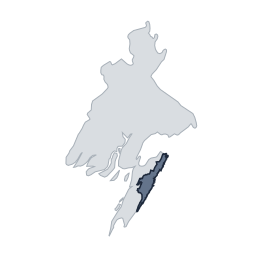 location of Rangamati, Chittagong, Bangladesh, rotated 37°
{"feature_id": "16705992B35610473312733", "entity_name": "Rangamati", "entity_type": "district", "adm_level": 2, "iso_a3": "BGD", "parent_name": "Bangladesh", "parent_adm1": "Chittagong", "projection": "equal_earth", "projection_center": [92.168, 22.796], "detail": "fine", "context": "in_parent", "style": "filled", "palette": "slate", "viewbox_px": 256, "rotation_deg": 37, "n_neighbors": 0, "source": "geoboundaries", "source_scale": "gbopen_adm2", "svg_char_len": 8592}
<svg xmlns="http://www.w3.org/2000/svg" viewBox="0 0 256 256"><g transform="rotate(37 128 128)"><path d="M95.2,181.1L95.2,175.0L92.1,162.9L92.2,161.5L91.6,155.7L90.8,152.5L90.4,149.0L92.4,144.1L91.6,143.3L87.3,141.8L86.8,140.5L87.8,135.7L84.7,131.1L83.5,127.6L86.9,116.6L87.8,108.9L87.6,107.4L85.6,105.7L82.0,105.0L79.4,103.6L77.9,101.4L76.7,100.5L75.1,101.2L73.1,100.3L71.5,98.2L70.1,95.6L70.7,92.7L73.4,85.9L74.4,85.7L76.6,87.0L77.5,87.0L79.0,84.4L81.2,76.8L88.5,77.4L90.2,77.2L92.0,76.6L93.0,75.6L93.6,74.4L93.4,73.3L91.2,71.9L90.3,70.8L89.8,67.8L89.1,66.6L84.7,66.5L82.5,65.1L81.2,63.8L79.0,59.7L76.3,56.6L73.7,55.9L72.7,54.9L72.2,53.3L72.5,51.1L73.9,46.7L81.2,37.3L81.4,36.2L81.1,35.0L79.0,33.5L78.9,32.8L79.5,30.8L80.7,30.6L83.2,32.4L85.7,35.3L87.2,37.8L87.2,39.9L89.2,40.3L90.8,41.2L92.5,40.9L93.6,41.4L94.4,41.2L94.7,40.1L93.3,37.1L94.0,35.9L95.6,35.9L96.8,37.0L97.7,39.3L97.8,42.9L99.7,46.1L102.3,48.4L104.3,49.4L106.7,50.2L108.8,49.4L109.8,47.2L109.4,45.2L109.7,43.4L110.5,42.4L111.8,42.5L112.8,43.9L115.5,51.6L114.9,55.0L115.5,64.3L114.8,70.5L115.2,72.8L115.7,73.3L119.9,74.4L126.1,76.9L130.8,77.8L152.2,77.1L156.8,78.3L171.1,77.4L175.0,79.4L179.2,82.6L181.6,84.9L182.0,86.3L181.8,87.5L181.0,88.1L179.5,88.1L176.1,86.6L175.6,87.0L175.5,90.8L172.8,100.1L172.4,102.9L171.5,104.1L168.6,104.7L166.8,110.1L166.0,110.8L164.1,109.6L163.0,109.8L161.5,110.3L160.1,111.5L159.1,113.1L157.9,113.6L153.9,113.5L153.2,116.0L150.5,119.3L148.7,128.1L148.8,130.8L151.0,137.8L152.6,146.9L153.2,147.8L153.9,147.9L154.0,143.7L154.7,143.2L155.6,143.7L157.5,149.3L158.6,150.7L160.2,151.1L162.1,150.2L163.5,148.6L164.1,146.8L163.6,140.7L164.5,138.2L167.8,134.5L168.3,133.4L168.1,127.3L169.3,127.0L170.9,127.5L173.0,126.1L173.7,126.0L174.5,127.6L176.0,127.3L178.2,139.5L178.4,148.1L178.9,152.8L179.7,153.9L182.2,161.1L184.6,186.3L184.8,202.4L185.8,207.9L185.0,209.1L184.2,209.3L183.5,207.4L178.2,203.3L176.9,203.7L175.1,206.1L174.4,208.3L174.7,211.4L175.2,214.5L176.5,216.2L176.6,218.1L178.0,225.4L177.6,225.4L174.7,218.8L171.2,212.3L170.1,200.7L170.0,195.0L167.6,188.3L165.4,176.5L166.4,172.4L164.7,174.2L162.1,167.2L157.9,160.3L156.7,157.3L156.7,154.3L154.9,157.3L152.5,159.4L150.0,162.5L148.4,163.5L143.2,164.0L140.2,159.8L135.9,149.6L135.4,147.2L136.0,141.2L135.0,135.5L134.7,130.4L133.9,130.9L133.6,132.3L133.8,134.4L133.5,136.2L126.2,135.0L129.3,138.0L132.6,138.7L134.3,141.4L134.4,145.9L131.1,148.6L131.4,150.9L133.3,153.6L131.0,154.4L130.4,156.2L130.3,158.8L131.9,162.8L131.6,164.3L134.3,169.5L134.8,172.0L134.1,175.5L128.2,182.7L126.5,187.7L125.0,190.1L123.2,190.5L121.0,188.1L121.0,185.6L121.4,183.7L124.5,179.0L122.9,179.6L118.0,183.5L117.1,180.3L116.6,177.4L116.6,173.8L118.9,168.5L116.3,171.1L115.5,174.5L115.8,178.4L115.5,181.2L114.4,184.8L113.0,187.0L110.8,188.4L109.7,190.6L108.2,192.2L107.7,184.8L106.2,174.9L105.8,177.1L106.6,183.2L106.5,187.2L105.3,190.4L102.8,193.8L100.9,194.2L99.8,193.7L96.2,188.6L96.0,183.8L95.2,181.1ZM138.9,181.3L134.5,182.4L132.2,182.1L136.5,173.2L136.3,169.2L135.7,166.0L133.6,163.3L133.5,161.5L132.5,159.0L132.0,156.0L134.4,155.0L136.3,156.7L137.0,160.1L137.9,162.6L141.2,167.8L141.2,171.0L140.2,178.9L138.9,181.3ZM148.3,178.3L145.6,180.7L146.6,166.7L148.5,171.9L149.0,174.7L148.3,178.3ZM158.6,171.3L157.4,172.3L156.3,171.5L154.9,168.2L155.6,164.0L156.1,163.4L157.8,167.6L158.6,171.3ZM168.5,201.0L167.0,201.2L166.2,200.2L166.6,198.7L166.2,194.2L168.1,193.7L168.8,197.5L168.5,201.0ZM166.8,188.2L165.7,192.8L165.2,190.7L166.0,186.8L166.8,188.2ZM135.6,151.7L136.0,153.1L133.6,151.2L132.9,149.9L134.0,149.2L135.6,151.7Z" fill="#d9dde1" stroke="#a8b0b8" stroke-width="1"/><path d="M185.3,189.3L185.5,189.0L185.8,188.9L185.8,188.7L185.5,187.0L185.5,186.9L185.3,186.9L185.3,186.7L185.4,186.3L185.3,186.1L185.3,185.7L185.2,185.6L185.3,185.5L185.1,184.9L185.3,184.8L185.3,184.6L184.9,183.9L185.0,183.5L184.8,182.9L185.0,182.8L185.1,182.2L184.8,182.1L184.8,181.5L184.6,181.5L184.4,180.3L184.0,179.9L184.1,179.7L184.4,179.7L184.4,179.4L184.8,179.6L184.7,179.8L184.8,180.0L185.1,180.1L185.3,179.6L185.2,178.7L185.2,178.4L184.9,178.3L184.9,177.4L184.8,177.0L184.7,177.0L184.7,175.6L184.7,175.3L184.5,175.2L184.5,174.9L184.5,174.7L184.6,174.1L184.5,173.8L184.4,173.7L184.5,173.7L184.4,173.5L184.5,173.4L184.3,173.0L184.3,172.1L184.2,172.1L184.1,171.7L184.1,171.4L184.0,170.9L183.9,170.8L184.0,170.7L183.8,170.5L183.9,170.4L183.8,170.1L183.7,169.9L183.9,169.9L183.7,169.8L183.8,169.7L183.7,169.2L183.7,168.9L183.6,168.6L183.6,167.7L183.7,167.4L183.6,167.2L183.7,166.9L183.6,166.7L183.4,166.3L183.5,166.3L183.4,166.1L183.5,165.9L183.4,165.8L183.2,165.8L183.2,165.5L183.0,165.3L183.1,165.1L183.1,164.9L183.3,164.9L183.4,164.4L183.3,163.9L183.2,163.8L183.2,163.6L183.3,163.7L183.2,163.5L183.2,163.2L183.3,163.0L183.3,162.8L183.1,162.8L183.1,162.6L183.1,162.3L183.1,162.2L183.1,161.9L183.2,161.7L183.0,161.4L182.8,160.3L182.9,159.8L182.7,159.6L182.8,159.4L182.6,159.5L182.6,159.2L182.5,159.3L182.3,159.1L182.2,159.2L181.8,159.0L181.9,158.7L181.8,158.1L181.7,157.7L181.7,157.8L181.7,157.3L181.5,157.0L181.6,156.9L181.4,156.5L181.4,156.4L181.5,156.1L181.2,155.7L181.5,155.8L181.4,155.6L181.5,155.3L181.4,155.2L181.5,155.1L181.2,155.0L181.3,154.8L181.1,154.6L181.2,154.0L181.1,153.9L180.8,154.3L180.7,154.1L180.4,153.5L180.4,153.1L180.2,153.3L180.0,153.2L179.9,153.4L179.8,153.2L179.9,152.8L179.3,152.8L179.3,152.6L179.2,152.6L179.3,152.5L179.2,152.4L179.4,152.0L179.2,151.8L179.3,151.8L179.3,151.7L179.3,151.4L179.4,151.2L179.5,151.0L179.5,150.4L179.5,150.1L179.4,150.0L179.5,149.5L179.5,149.3L179.6,149.1L179.7,148.5L179.5,148.0L179.5,147.8L179.4,147.7L179.1,147.1L178.8,146.9L179.1,146.1L178.8,145.9L178.9,145.5L179.0,145.1L178.8,144.4L178.9,144.2L178.7,144.1L178.7,142.8L178.7,142.5L178.6,142.4L179.9,142.4L180.0,142.3L179.9,142.2L179.9,141.8L179.6,141.6L179.6,141.4L179.8,141.5L179.6,140.9L179.4,140.8L179.5,140.1L179.3,139.8L179.3,139.6L179.2,139.7L179.2,139.2L179.3,138.7L179.4,138.4L179.4,138.2L179.1,138.0L179.2,137.8L179.0,138.0L178.8,137.8L179.0,137.6L178.7,137.5L178.9,137.2L178.8,137.3L178.7,136.9L178.7,136.7L178.8,136.9L178.8,136.7L178.6,136.4L178.5,135.8L178.4,135.7L178.2,135.9L178.1,135.3L178.2,135.0L178.0,134.9L178.2,134.7L177.8,134.5L177.9,134.4L178.0,134.4L177.9,134.3L178.0,134.2L177.8,134.0L177.9,133.9L177.8,133.7L178.0,133.5L177.9,133.4L177.9,133.1L177.8,132.9L177.7,133.0L177.7,132.8L177.8,132.6L177.7,132.4L177.6,132.1L177.6,131.8L177.7,131.6L177.6,131.3L177.6,131.2L177.6,130.9L177.4,130.4L177.3,130.5L177.2,130.3L177.1,130.2L177.1,130.3L177.1,129.6L177.3,129.4L177.1,129.2L176.9,129.1L176.8,129.3L176.8,129.1L176.9,128.8L176.7,128.7L177.2,127.4L177.1,126.7L176.8,126.4L176.8,126.2L176.5,125.9L176.1,126.0L175.9,126.1L175.8,126.3L175.9,127.0L175.7,127.3L175.7,127.9L175.4,128.4L175.2,128.4L175.1,128.2L175.0,127.7L175.2,127.3L175.0,126.8L174.9,126.6L174.5,126.4L174.3,126.5L174.3,126.2L174.1,126.0L174.2,125.5L173.9,125.4L173.7,125.6L173.3,126.1L173.0,126.6L172.9,126.9L172.8,127.1L172.7,127.0L172.3,127.6L171.9,127.4L171.8,127.9L171.8,128.0L171.8,128.5L171.7,128.5L172.7,131.6L173.0,132.7L173.3,135.9L172.9,136.5L172.1,137.0L171.0,138.1L173.0,139.6L173.0,141.4L173.2,143.5L173.7,145.3L174.4,147.0L174.1,147.2L173.4,147.4L173.3,147.2L172.7,147.7L171.6,148.0L172.5,150.3L172.8,151.8L171.6,152.7L171.2,154.0L170.8,154.3L170.3,154.3L169.8,155.7L169.3,156.1L169.2,156.9L169.2,157.7L169.9,159.7L169.6,159.9L169.0,160.0L168.9,160.9L168.0,160.9L167.9,161.2L168.2,161.3L168.4,161.6L168.1,162.2L168.3,162.5L168.3,163.1L168.4,163.5L168.6,164.1L168.6,164.3L168.7,164.7L168.9,164.8L168.9,165.0L169.0,165.7L169.0,165.8L169.1,166.2L169.2,166.6L169.3,167.1L169.2,167.1L169.1,167.5L169.3,167.6L169.5,167.7L169.3,167.7L169.3,167.9L169.8,167.8L169.9,167.7L170.0,167.4L170.2,167.1L170.4,167.0L170.3,166.7L170.5,166.4L170.4,166.1L170.4,165.9L170.2,165.7L170.3,165.0L170.2,165.0L170.2,164.9L170.0,164.6L170.1,163.8L170.6,163.6L170.6,163.4L170.8,163.2L170.9,163.3L170.8,163.6L171.0,163.6L171.3,163.4L171.6,163.4L171.6,163.6L171.9,163.6L171.7,164.2L171.9,164.1L172.0,164.4L172.2,164.5L172.4,165.0L172.3,165.4L172.5,165.4L172.5,166.3L172.9,166.9L172.9,167.3L173.1,167.6L173.1,167.9L173.2,168.0L173.2,168.5L173.4,169.0L173.3,169.4L173.4,169.5L173.0,169.7L172.9,169.9L172.8,170.2L172.3,170.7L172.4,171.0L172.6,171.1L172.9,171.9L173.1,171.7L173.4,171.8L173.3,172.0L173.2,172.3L174.6,172.5L174.8,172.6L174.8,173.0L175.1,173.1L175.5,173.1L176.5,172.6L176.9,172.2L179.0,172.7L179.9,173.6L181.5,175.7L181.9,176.3L182.0,176.9L182.4,179.1L182.4,180.4L182.9,182.0L183.1,183.5L183.4,184.7L184.2,186.8L184.6,188.3L185.3,189.3Z" fill="#64748b" stroke="#1e293b" stroke-width="1.5"/></g></svg>